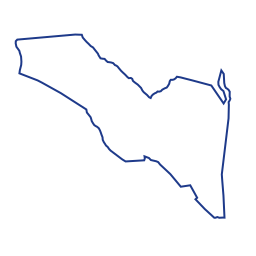 Limoeiro do Norte, Ceará, Brazil, rotated 175°
{"feature_id": "56859067B58683288686996", "entity_name": "Limoeiro do Norte", "entity_type": "district", "adm_level": 2, "iso_a3": "BRA", "parent_name": "Brazil", "parent_adm1": "Ceará", "projection": "equal_earth", "projection_center": [-38.048, -5.136], "detail": "fine", "context": "isolated", "style": "outline", "palette": "blue", "viewbox_px": 256, "rotation_deg": 175, "n_neighbors": 0, "source": "geoboundaries", "source_scale": "gbopen_adm2", "svg_char_len": 1913}
<svg xmlns="http://www.w3.org/2000/svg" viewBox="0 0 256 256"><g transform="rotate(175 128 128)"><path d="M108.0,94.1L102.8,92.4L100.9,91.4L99.2,88.8L89.8,78.3L80.5,64.9L71.0,65.5L65.2,52.5L67.0,51.1L58.6,40.6L49.9,31.1L48.6,31.0L46.8,31.5L44.8,30.6L43.4,30.6L41.7,30.5L39.7,30.3L38.8,52.2L38.7,66.9L38.6,73.6L30.9,110.2L27.0,128.8L25.5,142.4L25.5,145.0L24.3,146.6L23.5,148.2L24.0,150.4L23.8,152.7L23.5,155.3L24.6,157.4L25.9,158.6L27.0,159.4L27.8,161.3L28.2,164.5L27.9,173.5L30.0,177.2L34.0,166.1L34.1,163.1L33.0,160.5L31.8,158.5L29.7,156.5L27.8,148.0L30.6,144.1L41.3,163.1L60.3,170.0L66.9,172.3L71.1,173.8L74.8,174.8L76.3,173.3L77.9,172.4L79.4,172.1L81.2,172.3L82.3,171.0L83.1,168.5L84.5,166.5L85.9,164.9L88.0,164.3L90.5,163.2L92.1,161.8L93.9,161.5L95.4,161.8L96.6,160.8L98.1,160.3L99.9,159.4L101.6,158.0L102.8,155.9L104.3,156.8L106.1,159.2L108.0,161.1L109.2,162.3L110.4,164.1L111.5,166.8L114.5,170.4L116.6,172.2L117.8,173.3L119.0,174.6L119.5,176.6L120.8,177.6L122.9,177.6L124.3,179.0L125.6,180.7L126.8,182.1L128.2,183.6L130.0,185.7L130.9,187.0L131.9,188.4L133.0,190.1L134.1,191.1L135.5,191.8L137.1,193.9L139.0,194.7L140.5,195.1L142.5,195.5L144.0,197.1L145.3,198.9L147.1,199.2L149.3,199.8L150.9,202.8L151.5,204.7L154.6,209.4L155.8,211.3L158.0,212.9L160.0,215.4L161.7,217.3L163.3,219.4L165.2,222.1L165.9,224.9L172.5,225.7L230.6,225.7L232.2,224.3L232.5,222.2L232.1,218.7L230.4,215.9L229.5,214.3L229.2,212.2L228.3,208.5L228.4,203.3L228.9,200.1L230.7,195.0L231.4,191.9L213.9,183.3L209.8,180.7L191.9,168.6L167.9,150.1L167.6,147.0L165.6,144.0L164.3,142.0L163.9,140.3L163.5,138.0L162.6,136.1L161.4,133.9L160.1,132.8L158.7,131.9L157.1,130.3L156.1,127.9L155.5,125.8L155.0,123.7L154.2,121.0L154.2,118.4L153.3,116.0L152.3,114.2L151.4,112.4L149.9,110.9L148.6,108.6L147.2,106.9L136.9,97.6L135.5,96.5L133.3,94.9L114.7,94.4L113.9,96.2L114.0,98.3L109.8,96.3L108.0,94.1Z" fill="none" stroke="#1e3a8a" stroke-width="2"/></g></svg>